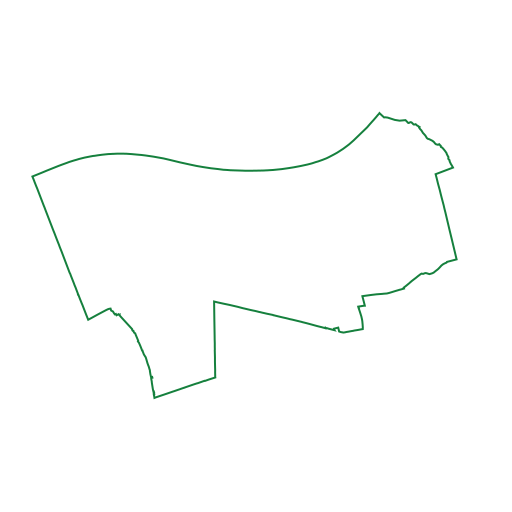 the district of Waalwijk, Noord-Brabant, Netherlands, rotated 351°
{"feature_id": "6326949B71985362418068", "entity_name": "Waalwijk", "entity_type": "district", "adm_level": 2, "iso_a3": "NLD", "parent_name": "Netherlands", "parent_adm1": "Noord-Brabant", "projection": "mercator", "projection_center": [5.025, 51.687], "detail": "fine", "context": "isolated", "style": "outline", "palette": "green", "viewbox_px": 512, "rotation_deg": 351, "n_neighbors": 0, "source": "geoboundaries", "source_scale": "gbopen_adm2", "svg_char_len": 5944}
<svg xmlns="http://www.w3.org/2000/svg" viewBox="0 0 512 512"><g transform="rotate(351 256 256)"><path d="M196.8,369.6L196.8,369.0L197.2,366.2L197.4,364.7L197.8,362.4L198.5,357.1L198.9,354.1L199.6,349.7L200.1,345.9L200.5,342.9L200.5,342.7L200.7,342.0L201.1,339.1L201.6,336.0L202.1,332.1L202.6,328.7L205.0,311.7L207.5,294.4L210.8,295.8L216.7,298.1L222.0,300.1L226.2,301.8L229.9,303.3L235.1,305.6L236.4,306.1L238.6,307.0L242.0,308.4L244.3,309.3L246.2,310.0L247.9,310.7L250.0,311.6L250.7,311.9L251.1,312.0L253.7,313.1L254.5,313.4L257.7,314.7L263.3,316.8L263.6,317.0L264.1,317.2L264.1,317.3L265.2,317.7L265.4,317.8L271.9,320.5L276.2,322.2L278.1,323.0L279.4,323.6L281.8,324.5L290.7,328.2L291.5,328.6L293.4,329.4L295.5,330.3L298.0,331.4L305.5,334.8L310.0,336.7L312.9,338.0L313.5,338.3L313.6,337.9L313.7,338.0L315.3,338.6L316.2,339.1L321.8,341.5L321.7,341.3L321.8,341.2L321.7,340.0L323.7,339.8L326.0,339.6L326.3,343.6L328.3,344.6L329.1,344.8L329.6,345.0L330.0,345.2L330.5,345.3L332.0,345.3L332.4,345.3L333.1,345.2L334.1,345.2L335.5,345.2L338.3,345.1L338.9,345.1L340.2,345.1L340.4,345.1L341.2,345.0L345.2,345.0L348.6,344.9L350.0,344.9L350.1,344.4L350.3,343.4L350.4,342.4L350.6,340.2L350.7,338.6L350.8,337.0L350.8,335.4L350.7,333.8L350.6,332.2L350.4,330.9L350.1,328.8L349.8,326.9L349.5,325.1L349.2,323.4L349.4,323.4L349.3,322.8L349.1,322.0L354.6,322.0L355.7,322.1L355.2,316.6L354.8,312.6L354.8,312.3L363.9,312.5L369.1,312.7L371.6,312.9L375.1,313.2L375.8,313.2L379.4,313.5L381.8,313.3L382.5,313.2L384.7,312.9L388.1,312.4L391.2,312.0L392.6,311.8L393.2,311.8L397.1,311.3L396.9,310.4L399.3,309.1L402.2,307.4L405.7,305.2L407.7,304.1L410.5,302.6L412.9,301.2L415.7,299.7L416.5,299.4L416.9,299.3L417.6,299.6L418.3,299.8L420.1,299.4L421.0,299.4L422.2,299.9L423.4,300.5L424.0,300.8L424.4,301.0L424.7,301.0L427.1,300.7L428.9,300.2L429.7,299.7L432.0,298.4L432.6,298.1L433.8,297.4L435.7,296.0L436.3,295.5L436.7,295.2L437.5,294.5L439.5,293.4L440.3,293.1L441.0,292.9L442.3,292.5L443.0,292.4L443.4,292.1L443.7,291.7L447.8,291.3L453.6,290.7L452.0,270.1L451.2,260.3L449.9,242.9L449.5,238.5L449.3,235.4L448.6,228.5L448.2,224.3L447.8,219.4L447.1,213.2L446.6,207.2L446.2,203.3L464.4,199.5L464.1,198.6L463.9,198.1L463.7,197.6L463.4,196.8L462.7,195.2L462.6,194.6L462.4,193.9L462.2,193.4L462.1,193.0L462.1,191.8L462.1,191.6L462.0,191.4L461.5,190.8L461.3,190.4L461.2,190.2L461.2,189.8L461.2,189.5L461.4,189.0L461.5,188.3L461.4,188.0L461.2,187.5L461.0,187.1L460.3,184.8L460.3,184.3L460.2,184.0L459.8,183.2L459.3,182.1L459.0,181.6L458.4,180.5L457.3,178.7L456.7,178.0L456.4,177.6L455.9,177.4L455.7,177.2L455.6,176.7L455.7,176.0L455.5,175.8L454.8,174.9L454.5,174.3L454.4,174.2L453.9,174.5L453.6,174.6L453.1,174.6L452.9,174.5L451.7,174.0L451.3,173.8L450.7,173.2L450.5,172.9L449.4,171.0L449.1,170.7L448.7,170.4L448.5,170.0L448.3,169.9L448.1,169.7L445.5,167.8L445.1,167.6L444.6,167.4L444.3,167.3L444.0,167.0L443.7,166.8L443.3,166.3L443.1,166.0L442.1,163.5L441.5,162.6L440.8,161.5L440.1,160.5L439.6,159.2L439.3,158.5L438.9,157.6L438.5,157.1L437.9,156.2L437.2,154.7L437.7,154.2L437.0,153.6L436.2,152.8L435.5,152.3L434.9,151.6L434.3,150.8L433.9,150.8L433.6,150.9L432.6,150.9L432.1,150.6L431.3,149.4L430.5,148.4L429.9,148.1L429.3,148.0L427.8,148.5L427.5,148.5L427.1,148.3L426.8,148.0L426.5,147.4L426.2,147.0L424.9,145.2L419.0,144.8L414.4,143.3L407.7,139.9L405.3,139.2L404.2,139.2L402.3,136.8L400.3,134.2L400.0,134.6L398.4,135.8L396.6,137.4L393.4,140.1L391.4,141.7L388.6,144.0L385.9,146.3L381.5,149.4L378.6,151.4L377.2,152.4L370.5,157.1L365.6,160.2L363.2,161.5L358.8,163.8L353.6,166.1L352.2,166.7L348.9,167.9L343.6,169.7L341.0,170.5L339.7,170.8L338.3,171.1L337.0,171.4L332.2,172.3L329.7,172.6L326.1,173.2L324.3,173.4L321.1,173.7L314.2,174.1L307.1,174.3L301.6,174.3L294.9,174.2L288.0,173.8L286.2,173.7L283.3,173.4L281.1,173.2L276.5,172.7L270.0,171.8L263.7,170.9L259.2,170.2L256.2,169.6L247.3,167.9L244.2,167.3L240.9,166.5L237.2,165.7L231.8,164.1L225.2,162.3L217.7,159.9L211.5,157.8L205.2,155.4L195.5,151.6L185.9,147.6L180.0,145.2L177.7,144.4L170.2,141.8L162.5,139.4L158.3,138.2L156.2,137.7L149.1,135.9L144.3,134.8L140.0,134.0L134.8,133.2L131.1,132.8L130.7,132.7L130.3,132.7L125.7,132.2L119.8,131.9L115.5,131.8L112.3,131.8L110.6,131.7L107.0,131.8L102.0,132.0L96.4,132.5L93.6,132.9L91.0,133.2L86.3,133.9L83.9,134.4L78.7,135.4L74.8,136.2L62.5,139.0L58.0,140.1L55.0,140.8L52.4,141.4L47.6,142.5L48.7,147.3L48.7,147.5L49.9,152.9L50.4,154.9L54.3,173.3L54.7,174.9L55.1,176.9L55.3,177.9L59.7,198.5L60.6,202.4L60.6,202.5L60.7,202.9L61.2,205.3L61.8,208.1L62.5,211.3L63.1,213.9L63.6,216.5L64.7,221.3L69.3,243.4L69.7,244.5L70.1,246.6L70.8,249.7L71.9,254.7L72.2,256.3L72.9,259.1L73.4,261.6L74.2,265.4L74.1,265.7L74.2,266.5L74.5,266.6L75.4,270.8L76.5,275.6L77.0,277.6L78.1,282.8L79.2,287.9L79.4,288.7L80.3,292.7L81.4,292.3L82.3,292.0L84.0,291.4L90.4,289.1L99.4,286.0L101.4,285.4L102.7,285.2L104.1,285.2L104.4,287.2L106.1,288.5L106.8,290.4L107.5,291.6L108.5,291.3L109.0,292.7L111.2,292.0L111.7,292.9L112.0,292.8L111.9,293.1L112.6,294.2L112.6,294.3L122.2,308.8L122.1,309.4L122.5,310.5L123.2,310.7L123.3,311.5L123.5,312.1L123.6,312.6L124.6,313.5L124.8,314.7L125.0,315.5L126.4,321.3L126.0,321.9L126.8,323.3L127.7,326.8L128.4,329.9L128.7,331.5L128.9,331.9L129.1,331.9L129.1,332.1L129.8,335.4L130.0,336.0L130.9,338.1L131.2,338.7L131.3,339.3L131.5,340.6L132.1,345.3L132.4,346.7L132.4,346.9L132.7,348.1L132.8,348.6L133.1,351.1L133.3,352.1L133.3,352.4L133.2,353.0L133.2,356.2L133.2,356.4L133.3,357.7L133.4,359.3L134.5,359.2L134.6,360.0L133.4,360.1L133.3,360.8L133.4,363.4L133.3,365.1L133.3,369.4L133.3,370.8L133.3,371.5L133.5,374.2L133.9,374.1L133.9,374.5L134.0,375.0L133.6,375.1L133.7,375.8L133.8,376.6L133.4,376.6L133.4,377.1L133.5,377.1L133.4,377.4L133.5,378.1L133.5,379.1L133.5,380.3L135.2,379.9L142.3,378.7L144.7,378.3L149.3,377.5L152.7,376.9L154.0,376.7L166.4,374.5L173.8,373.2L177.5,372.6L178.7,372.5L185.7,371.2L186.0,371.4L190.3,370.6L196.8,369.6Z" fill="none" stroke="#15803d" stroke-width="2"/></g></svg>